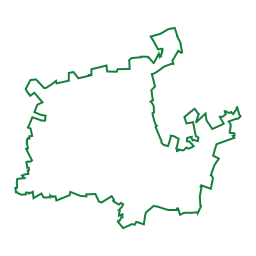 City of Tshwane, Gauteng, South Africa
{"feature_id": "47623444B80921072750836", "entity_name": "City of Tshwane", "entity_type": "district", "adm_level": 2, "iso_a3": "ZAF", "parent_name": "South Africa", "parent_adm1": "Gauteng", "projection": "mercator", "projection_center": [28.311, -25.594], "detail": "fine", "context": "isolated", "style": "outline", "palette": "green", "viewbox_px": 256, "rotation_deg": 0, "n_neighbors": 0, "source": "geoboundaries", "source_scale": "gbopen_adm2", "svg_char_len": 5333}
<svg xmlns="http://www.w3.org/2000/svg" viewBox="0 0 256 256"><path d="M16.8,182.8L17.1,187.6L15.4,187.9L16.0,192.4L17.3,192.3L17.4,192.8L21.4,194.8L24.6,194.3L24.9,194.5L25.2,194.5L25.9,194.3L25.9,194.2L26.0,194.1L25.9,193.9L25.9,193.7L25.9,193.3L25.8,193.0L25.9,192.8L26.0,192.7L26.2,192.8L26.3,192.8L26.4,192.7L26.5,192.5L28.8,192.7L28.9,193.4L29.6,193.4L32.8,191.8L33.5,198.2L41.4,193.5L43.1,196.7L44.3,197.7L49.7,197.1L49.8,197.2L50.2,195.5L50.8,196.4L52.6,196.2L52.7,196.9L55.5,196.3L56.4,200.5L69.6,195.2L70.3,191.9L80.3,195.9L81.2,196.0L86.4,196.4L86.1,194.4L95.4,194.0L98.9,201.5L101.5,202.5L108.8,198.0L111.7,196.2L112.2,197.0L112.5,197.5L113.7,199.3L113.8,199.7L114.0,201.3L113.5,201.2L113.6,201.4L113.7,201.7L114.1,201.8L119.0,204.6L121.0,202.9L123.1,204.3L122.1,206.6L121.5,207.4L120.5,208.3L120.0,209.1L118.7,210.1L119.9,211.0L119.4,211.9L118.9,215.7L122.4,214.3L122.4,217.2L121.6,216.8L120.7,218.4L120.4,219.3L119.6,220.8L118.3,220.7L117.9,221.8L123.2,228.1L132.0,224.1L134.8,224.7L136.3,221.8L143.8,224.3L145.2,215.2L146.0,212.4L153.7,205.9L153.8,205.9L154.1,206.0L156.7,206.5L157.5,206.6L164.3,208.8L168.4,210.0L177.1,210.0L177.1,208.5L178.0,208.4L180.1,214.8L183.8,212.9L189.2,212.7L191.1,212.9L197.1,212.2L197.6,213.4L200.9,206.6L200.9,206.0L200.5,206.0L200.4,205.7L199.8,196.4L201.2,188.8L201.6,187.1L200.6,186.7L201.2,185.3L206.0,187.0L210.8,188.8L211.4,186.1L211.5,185.4L213.0,178.2L211.7,175.5L210.8,175.3L214.4,165.2L217.2,160.9L217.9,160.1L218.8,158.6L217.8,158.0L214.6,156.4L213.1,155.6L213.9,153.0L214.9,149.4L216.5,144.2L234.3,137.8L232.8,135.8L234.6,135.4L234.3,133.3L229.7,132.7L230.8,125.1L230.1,123.5L228.7,121.5L235.0,119.2L237.8,118.6L238.5,118.4L240.6,116.2L239.3,114.7L237.2,107.3L236.7,107.6L237.0,108.3L233.2,114.0L233.1,113.9L232.8,113.8L232.7,113.7L232.2,113.3L232.1,113.1L231.7,112.9L231.5,112.7L231.3,112.6L231.4,112.3L231.3,112.0L231.1,111.9L230.2,112.7L229.4,112.8L229.1,112.8L228.3,112.7L227.3,112.2L226.6,111.7L226.0,111.5L224.8,111.1L224.7,111.2L225.8,114.1L224.3,115.3L223.5,116.2L221.0,117.2L220.1,116.6L219.8,116.7L221.6,120.1L222.4,121.3L223.7,123.7L222.2,124.5L212.3,129.0L210.8,126.8L209.7,125.1L206.5,120.4L205.5,113.5L195.8,122.7L198.3,115.4L198.8,114.0L198.0,113.5L197.0,112.0L195.6,109.9L194.6,108.8L189.6,112.6L189.1,113.0L187.1,114.8L184.4,117.1L186.4,123.2L186.6,123.5L190.3,122.7L190.7,122.7L193.0,122.1L193.6,125.1L194.3,128.4L195.0,132.0L195.8,135.8L195.9,136.3L196.7,136.4L197.9,137.3L198.4,137.7L198.3,138.0L197.9,141.1L193.5,139.9L192.7,140.3L191.6,138.5L191.7,136.8L188.4,137.6L187.6,137.9L187.1,138.0L187.0,139.8L186.9,141.3L187.4,141.3L189.3,141.3L193.7,146.1L193.4,146.4L192.5,146.9L191.2,147.5L189.5,148.3L188.6,148.7L186.5,147.5L183.6,150.3L181.1,150.2L179.3,149.5L179.0,149.9L178.5,149.9L178.5,150.5L177.0,151.0L177.0,150.5L177.0,150.0L177.1,148.8L176.2,148.5L177.3,145.2L178.5,139.6L178.7,138.8L173.5,136.1L170.8,135.6L170.5,138.2L169.9,140.1L169.1,142.8L168.0,146.2L166.3,145.7L166.2,145.6L163.3,144.7L161.3,142.5L161.6,141.2L161.1,140.2L159.1,135.5L158.7,134.4L156.3,128.7L155.6,127.0L156.5,126.1L156.2,126.1L154.2,120.6L152.7,114.8L152.5,113.2L154.0,112.5L153.7,106.0L151.6,102.3L150.6,101.8L151.6,100.8L153.0,100.2L152.4,97.6L152.4,97.2L152.2,96.1L151.5,90.6L151.5,90.3L151.4,90.1L155.0,86.5L151.9,74.1L153.9,73.6L155.4,72.8L158.5,70.7L160.5,69.3L162.5,67.7L164.2,66.7L165.5,66.0L169.7,64.5L170.6,64.2L172.5,63.5L173.7,64.7L172.4,60.8L173.0,59.7L174.7,57.0L175.6,55.3L178.2,50.8L181.1,52.8L182.1,52.4L180.4,43.2L180.6,43.1L177.1,36.2L177.4,36.1L175.6,30.7L174.7,27.9L168.2,29.2L166.4,30.3L164.3,31.5L160.4,33.8L157.3,34.7L153.9,35.6L150.7,36.5L154.8,43.2L154.8,43.3L154.8,43.5L158.0,49.3L162.3,48.7L162.4,48.8L162.4,49.0L162.0,49.8L162.0,50.0L162.4,50.2L162.5,50.3L162.5,50.5L162.3,51.2L162.2,51.5L162.1,51.9L161.9,51.9L161.8,52.1L161.9,53.2L161.8,53.6L161.5,53.9L161.4,54.0L161.3,54.4L161.2,54.5L160.9,54.9L160.6,55.0L160.7,55.3L160.8,55.5L160.7,55.7L160.7,55.9L161.0,56.3L159.7,57.2L158.8,53.7L153.8,63.0L153.5,63.0L148.5,57.2L148.4,57.3L148.5,57.4L148.6,57.5L148.2,57.7L146.7,56.7L140.9,56.7L141.0,57.2L131.5,58.1L129.3,60.0L129.2,60.4L129.7,68.9L117.7,69.2L116.7,71.7L107.2,71.5L107.0,70.5L106.5,65.5L98.3,67.6L97.1,67.8L96.4,68.1L95.2,68.3L91.4,69.3L91.4,75.2L89.8,75.6L89.8,75.0L88.7,75.0L88.5,75.9L78.4,78.3L73.4,72.0L68.8,73.0L68.8,80.7L56.5,83.4L56.0,80.9L51.3,84.6L46.2,87.8L44.1,88.1L37.9,81.4L35.9,79.4L30.4,80.1L25.7,89.1L28.0,93.2L28.4,93.4L30.2,95.8L34.3,92.8L42.5,102.3L38.0,104.4L37.2,105.1L34.4,112.1L40.4,114.7L45.6,115.8L45.3,118.7L45.2,118.7L45.2,119.6L45.0,120.7L41.5,120.5L32.4,117.2L29.9,123.1L29.2,125.0L27.9,127.5L30.6,128.6L31.5,132.8L32.2,135.9L29.3,136.3L29.4,137.7L29.3,138.5L29.1,138.4L28.8,138.4L28.6,138.3L28.4,138.3L28.2,138.1L27.9,138.1L27.7,138.4L27.8,138.5L27.8,138.9L27.6,139.1L27.5,139.3L27.2,139.5L27.1,139.9L27.0,140.0L26.9,140.1L27.0,140.4L27.1,140.6L27.0,141.1L27.0,141.4L26.9,141.4L26.9,141.5L26.9,142.0L26.8,142.4L26.9,142.5L27.0,142.8L26.9,143.4L26.9,143.6L26.8,143.8L27.1,144.0L27.2,144.3L27.8,147.9L27.9,148.4L26.8,148.6L26.1,148.8L30.3,157.1L32.0,160.4L30.8,161.5L29.2,161.7L28.5,161.7L27.6,161.5L27.0,162.1L26.4,162.1L27.3,167.8L28.3,167.6L28.9,167.8L28.8,168.8L29.0,170.3L27.8,170.6L28.4,173.8L24.6,174.5L22.0,175.5L24.5,178.1L17.3,178.9L16.8,182.8Z" fill="none" stroke="#15803d" stroke-width="2"/></svg>